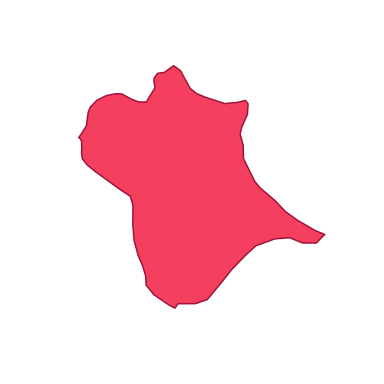 the border of Bosilovo, rotated 126°
{"feature_id": "MKD-2997", "entity_name": "Bosilovo", "entity_type": "Statistical Region", "adm_level": 1, "iso_a3": "MKD", "parent_name": "North Macedonia", "parent_adm1": "", "projection": "equal_earth", "projection_center": [22.756, 41.481], "detail": "fine", "context": "isolated", "style": "filled", "palette": "rose", "viewbox_px": 384, "rotation_deg": 126, "n_neighbors": 0, "source": "natural_earth", "source_scale": "10m", "svg_char_len": 1107}
<svg xmlns="http://www.w3.org/2000/svg" viewBox="0 0 384 384"><g transform="rotate(126 192 192)"><path d="M296.0,137.6L297.0,144.7L297.5,162.4L294.3,174.4L287.3,180.0L280.8,188.5L274.9,198.4L265.2,210.4L252.8,221.0L246.8,225.2L237.1,232.3L231.7,239.4L232.3,252.1L232.3,265.5L232.3,282.5L231.7,292.5L229.6,300.2L225.2,304.4L220.9,307.2L215.5,311.5L214.4,315.0L214.4,315.7L209.6,315.7L200.5,316.4L195.1,319.3L188.6,322.8L183.2,324.2L173.5,322.8L164.3,317.9L157.3,311.5L154.0,306.5L152.3,294.5L150.2,287.5L145.9,281.8L138.8,282.5L129.2,283.2L125.3,287.5L122.2,289.6L116.2,289.6L111.4,284.6L104.9,282.5L100.6,281.1L100.6,272.6L104.3,264.9L109.3,254.2L109.7,246.4L107.6,237.3L103.9,226.0L101.2,217.5L92.5,207.6L87.3,203.3L86.5,202.6L87.7,198.4L96.8,192.7L103.9,191.3L110.3,189.9L116.8,187.1L124.3,177.9L134.6,170.1L142.1,156.0L146.5,147.5L148.6,139.8L150.2,119.3L152.9,105.1L152.9,90.3L150.8,69.8L148.4,59.8L160.2,61.4L168.3,72.7L171.6,86.1L181.2,97.4L198.0,108.7L211.5,111.5L231.4,114.3L248.2,115.0L270.0,116.4L280.2,123.5L290.6,137.6L296.0,137.6Z" fill="#f43f5e" stroke="#9f1239" stroke-width="1.5"/></g></svg>